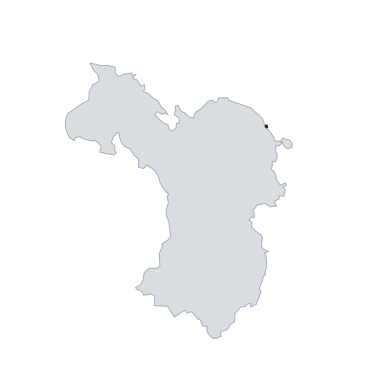 map of Hong Kong S.A.R. with China greyed out, rotated 257°
{"feature_id": "HKG", "entity_name": "Hong Kong S.A.R.", "entity_type": "country or territory", "adm_level": 0, "iso_a3": "HKG", "parent_name": "Asia", "parent_adm1": "", "projection": "mercator", "projection_center": [114.112, 22.38], "detail": "fine", "context": "with_neighbors", "style": "filled", "palette": "slate", "viewbox_px": 384, "rotation_deg": 257, "n_neighbors": 1, "source": "natural_earth", "source_scale": "50m", "svg_char_len": 3200}
<svg xmlns="http://www.w3.org/2000/svg" viewBox="0 0 384 384"><g transform="rotate(257 192 192)"><path d="M216.8,300.7L212.8,299.2L212.7,294.8L215.1,292.4L220.3,291.0L223.1,291.1L224.2,293.1L222.1,295.3L221.0,298.3L216.8,300.7ZM75.5,163.8L75.1,160.1L78.5,158.3L74.1,146.7L86.2,142.4L89.7,129.8L99.2,132.2L101.9,128.9L102.2,121.7L106.2,121.0L109.9,116.1L111.7,115.5L113.0,120.7L117.1,124.5L124.0,127.2L127.3,133.0L125.5,141.1L127.2,144.1L139.4,146.3L145.3,150.5L148.3,151.2L150.5,157.4L153.3,161.3L168.6,162.7L175.1,161.8L179.8,162.7L187.0,166.7L192.8,166.7L195.0,168.7L200.6,165.2L208.4,163.0L215.7,162.7L221.3,160.4L228.2,154.6L225.8,149.8L228.4,145.4L236.1,147.4L240.9,143.8L248.2,141.1L251.8,136.5L255.2,134.5L262.2,133.6L266.0,134.3L266.6,131.8L262.2,126.8L258.3,124.5L254.6,127.2L249.8,126.1L247.1,127.0L245.8,124.0L251.6,111.1L257.4,113.9L264.2,109.2L264.2,105.9L268.5,97.7L271.2,95.2L271.2,90.8L268.5,88.9L272.5,84.9L278.5,83.5L284.9,83.3L292.2,85.7L296.4,88.6L302.9,104.7L304.7,112.1L313.1,114.5L318.8,119.7L320.8,126.5L328.1,126.5L332.3,123.7L340.3,121.5L337.8,128.1L335.9,130.7L334.2,138.4L331.0,145.1L325.1,143.9L321.0,146.3L322.2,152.1L321.5,160.0L319.1,160.2L319.1,163.5L316.0,159.6L314.1,163.3L306.6,166.1L307.3,169.6L303.2,169.3L300.9,167.3L297.5,171.9L292.2,175.3L288.3,179.4L281.5,181.2L278.0,184.1L272.8,185.8L275.3,182.9L274.3,180.5L278.1,176.2L275.6,172.9L265.9,179.6L262.9,183.6L258.2,183.9L255.7,186.8L258.3,191.0L262.2,192.0L262.4,194.7L266.2,196.5L271.6,192.1L275.9,194.5L279.1,194.7L279.8,197.9L273.0,199.6L270.7,202.8L266.0,205.8L263.6,209.9L268.8,213.2L270.7,218.9L276.9,228.5L276.8,232.8L273.8,234.3L274.9,237.3L277.8,239.0L275.8,247.9L273.1,248.4L261.2,267.8L247.8,277.1L242.3,277.7L239.4,280.0L237.7,278.3L235.0,280.9L228.2,283.5L223.1,284.3L221.5,289.8L218.8,290.1L217.5,286.3L218.7,284.3L212.2,282.6L209.9,283.5L205.0,282.1L202.7,280.0L203.5,277.0L199.1,276.0L196.7,274.1L192.6,276.9L184.1,277.5L179.0,279.5L179.7,285.5L177.1,285.3L176.5,281.9L173.0,283.5L167.3,280.5L168.7,276.2L165.6,275.2L164.5,270.3L159.4,271.2L160.0,264.9L164.5,260.4L164.6,251.8L162.5,250.5L160.9,247.3L158.0,247.7L152.8,246.9L154.5,244.6L152.2,241.1L148.8,243.5L144.7,242.1L139.1,245.6L134.7,249.7L130.8,250.4L128.7,248.9L122.7,247.5L120.1,248.9L116.9,253.0L116.5,248.7L113.5,249.8L102.4,248.0L98.5,245.6L94.7,244.5L93.1,241.9L90.4,241.1L85.5,237.4L81.7,235.7L79.6,237.1L68.2,229.5L66.8,223.3L70.3,224.0L70.5,221.1L68.5,218.1L69.0,213.4L63.8,206.5L55.9,204.1L54.4,199.5L50.9,196.6L50.0,194.9L49.5,189.0L46.5,187.6L44.9,188.2L43.7,182.5L45.1,181.0L44.4,179.6L49.0,176.6L52.4,175.3L57.5,176.2L59.3,172.1L65.5,171.4L67.2,168.8L74.9,165.3L75.5,163.8Z" fill="#d9dde1" stroke="#a8b0b8" stroke-width="1"/><path d="M238.7,278.5L238.9,278.3L239.1,278.3L239.2,278.2L239.6,278.2L239.8,278.3L240.0,278.4L240.1,278.6L240.0,278.8L240.3,279.1L240.1,279.2L240.0,279.5L239.9,279.6L239.3,279.3L238.8,279.2L238.3,279.3L238.2,279.1L238.1,278.9L238.7,278.6L238.7,278.5ZM238.6,280.1L238.1,280.1L237.9,280.0L237.9,279.9L238.1,279.7L238.9,279.4L238.7,279.7L238.6,280.1ZM239.8,280.1L239.7,280.1L239.3,279.8L239.3,279.6L239.6,279.6L239.8,279.8L239.8,280.1Z" fill="#64748b" stroke="#1e293b" stroke-width="1.5"/></g></svg>